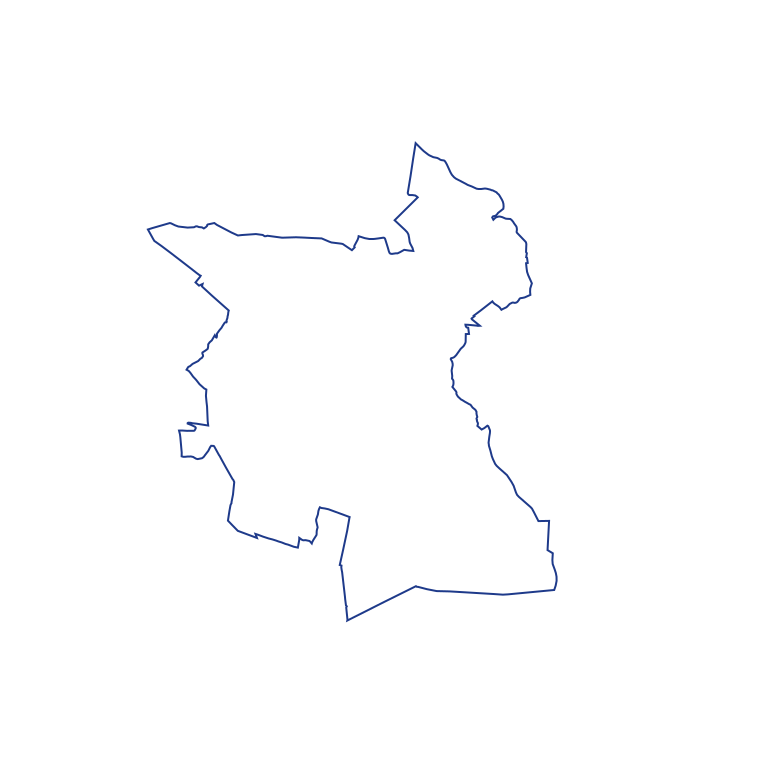 Radaseni, Suceava, Romania (Albers equal-area conic projection), rotated 322°
{"feature_id": "2599482B73099737590201", "entity_name": "Radaseni", "entity_type": "district", "adm_level": 2, "iso_a3": "ROU", "parent_name": "Romania", "parent_adm1": "Suceava", "projection": "albers", "projection_center": [26.255, 47.485], "detail": "fine", "context": "isolated", "style": "outline", "palette": "blue", "viewbox_px": 768, "rotation_deg": 322, "n_neighbors": 0, "source": "geoboundaries", "source_scale": "gbopen_adm2", "svg_char_len": 6166}
<svg xmlns="http://www.w3.org/2000/svg" viewBox="0 0 768 768"><g transform="rotate(322 384 384)"><path d="M429.8,593.5L421.3,587.1L423.2,577.4L423.9,573.3L423.7,571.1L420.8,555.9L420.6,553.3L421.2,550.7L423.5,544.0L424.2,539.5L424.8,531.5L423.0,521.7L422.4,517.9L422.4,515.4L423.6,510.2L424.5,507.3L426.8,502.1L428.7,497.2L429.4,496.2L430.2,494.7L434.5,490.4L437.2,487.9L438.3,486.7L439.0,485.7L440.2,481.4L439.8,480.5L435.9,480.5L432.9,480.0L431.8,474.5L433.1,473.6L433.9,472.7L434.2,471.3L434.6,470.1L435.2,469.5L435.4,468.5L435.6,468.2L435.9,468.0L437.1,467.5L437.3,467.3L437.9,465.7L438.7,464.2L439.8,462.8L440.1,460.7L440.0,460.1L439.3,457.1L439.4,454.0L439.4,453.6L438.7,452.3L437.7,449.8L436.9,448.0L435.8,444.9L435.2,443.7L434.5,439.4L434.8,436.9L435.1,436.1L435.9,435.3L436.2,434.3L436.1,428.4L437.5,427.8L438.8,426.7L440.0,425.2L440.8,423.9L441.0,422.7L440.9,422.2L440.9,421.7L442.7,419.7L445.4,415.3L445.9,414.7L449.6,411.6L450.5,410.4L451.4,408.5L451.9,405.5L452.4,405.1L452.9,405.0L453.4,405.3L454.6,405.8L455.7,406.0L456.4,406.0L458.7,405.7L466.1,403.5L469.6,403.2L470.8,402.9L472.9,402.0L474.0,401.3L474.4,400.9L479.2,395.0L481.8,396.9L485.0,391.5L484.1,390.5L483.9,389.6L484.1,388.5L484.7,387.4L486.8,389.2L492.9,395.0L493.8,396.0L495.4,397.1L493.1,387.2L493.1,386.8L493.3,386.3L496.9,386.3L496.8,385.4L505.2,385.6L520.3,385.6L520.2,387.1L520.5,388.9L521.8,392.7L522.3,394.8L522.2,397.8L523.6,398.0L527.7,398.9L529.0,398.8L532.3,398.3L535.0,398.8L535.8,399.2L536.8,400.4L537.5,400.9L538.5,401.3L539.7,401.4L542.4,400.7L543.2,400.3L544.2,400.3L546.3,401.5L548.2,402.4L554.2,403.9L555.8,401.4L558.0,398.8L562.5,395.7L564.7,386.8L565.8,383.7L567.9,380.1L570.3,376.3L571.8,377.1L574.4,372.6L574.4,372.0L574.1,371.6L577.1,368.9L577.1,367.7L577.4,367.2L582.3,361.4L583.1,359.8L583.1,358.7L581.9,346.7L582.1,345.8L583.6,344.4L584.5,343.1L585.1,341.9L585.3,341.0L585.4,337.5L585.6,335.9L585.6,334.8L585.5,333.2L585.2,332.0L585.1,331.7L582.6,329.5L581.7,328.6L579.9,325.3L578.6,323.6L577.6,322.7L575.1,321.7L574.0,321.6L571.3,321.9L571.8,319.4L572.6,319.1L573.2,319.0L575.0,319.9L575.9,320.1L577.5,319.9L579.3,319.4L585.9,319.4L587.5,317.8L589.0,315.6L589.9,313.5L590.4,311.3L591.0,306.8L591.1,305.4L590.7,303.5L590.7,302.3L589.0,298.6L588.7,298.1L588.2,297.7L587.9,297.2L587.6,296.5L585.2,293.4L583.9,292.1L580.7,290.2L578.7,288.7L577.2,287.1L574.8,282.4L572.5,278.6L571.7,276.6L567.1,266.5L566.5,264.2L566.3,260.9L566.7,258.1L568.7,249.7L569.0,247.8L569.2,246.0L568.9,244.8L567.0,242.8L566.4,241.8L565.8,240.0L565.0,238.5L562.5,235.6L560.5,231.7L560.0,230.2L558.7,225.1L558.2,221.9L557.2,213.7L546.0,224.1L532.8,236.6L520.3,248.1L519.9,249.6L520.2,250.6L522.8,252.7L524.7,254.7L525.4,256.9L525.5,257.7L493.2,261.5L495.4,275.6L495.7,278.8L495.3,281.2L493.7,284.4L491.7,287.8L491.1,289.5L490.2,294.4L489.0,297.2L485.9,294.3L482.5,290.7L477.9,290.0L475.2,289.4L473.6,288.2L470.4,286.4L469.6,285.6L469.2,285.0L469.1,284.0L469.5,282.5L470.9,279.1L474.0,270.9L474.3,269.9L474.1,268.9L473.6,268.3L469.0,265.7L466.3,264.1L464.6,263.0L461.7,260.7L458.7,257.3L455.0,251.9L453.9,252.9L452.0,254.1L445.9,256.8L445.2,257.3L445.0,258.3L441.1,258.8L437.7,248.3L436.8,247.2L429.7,240.1L428.4,238.0L424.5,230.9L417.1,224.6L411.0,219.3L405.0,214.2L393.8,206.0L383.4,195.4L381.9,194.8L380.9,194.0L380.2,191.9L375.4,187.0L363.7,179.1L360.3,177.0L357.0,170.6L350.3,155.8L349.4,152.7L343.4,149.8L342.5,149.9L341.9,150.5L340.1,150.7L337.8,150.5L337.0,148.5L334.8,146.4L333.7,144.6L332.7,143.9L330.8,143.5L325.5,139.8L318.9,133.3L317.0,130.2L315.1,126.3L314.3,125.3L297.4,118.5L293.1,116.9L291.4,127.5L291.1,130.0L291.4,130.8L293.6,138.2L296.8,150.1L301.7,169.2L304.7,181.2L305.7,184.8L306.2,185.8L305.0,186.3L298.0,187.9L298.8,192.6L302.6,193.5L300.6,195.0L302.8,208.3L306.9,230.5L305.7,231.4L303.5,233.6L302.6,234.2L301.2,235.6L299.0,237.0L298.6,237.5L298.5,238.0L298.2,238.2L297.8,238.4L297.5,238.1L296.8,237.6L295.9,237.7L292.7,238.8L290.5,239.7L287.5,240.3L284.1,241.3L283.2,241.6L282.5,242.6L281.6,243.6L280.9,244.2L280.6,244.3L280.4,244.0L280.3,243.4L280.7,241.4L275.2,243.6L272.2,243.8L270.6,244.3L269.9,244.5L268.6,246.1L267.2,247.4L266.5,247.8L263.7,247.7L260.4,247.4L259.9,247.7L259.4,248.8L259.2,249.7L258.6,250.6L256.7,251.3L254.7,251.1L251.7,251.5L245.5,250.3L242.1,250.5L240.5,250.1L239.8,250.2L237.2,251.2L238.1,253.3L238.2,253.9L238.3,256.1L238.1,260.6L238.4,263.9L238.5,265.5L238.5,270.6L239.6,276.8L240.6,279.0L236.4,283.7L233.0,289.0L230.7,292.8L222.2,304.7L219.9,308.5L211.6,299.6L208.9,297.0L207.8,295.6L206.0,294.0L205.3,293.9L204.9,294.3L205.0,294.5L206.8,297.5L208.6,301.1L208.8,301.9L208.6,302.8L207.2,303.6L205.9,304.0L205.2,303.7L199.9,299.6L196.2,296.3L193.8,294.5L192.2,298.1L190.7,300.6L182.3,313.6L180.0,316.4L181.0,317.8L182.6,319.0L184.5,320.2L187.3,322.3L188.7,324.0L189.4,325.9L190.0,327.3L190.5,327.9L191.0,328.5L194.8,330.4L195.6,330.5L197.4,330.4L198.6,330.0L204.4,328.5L208.2,326.7L209.4,326.4L209.8,326.3L210.7,327.1L211.6,327.9L211.8,328.5L210.2,338.5L210.2,339.4L209.5,343.4L208.0,352.7L206.1,365.6L206.2,366.7L205.6,369.1L197.0,378.1L191.0,383.3L190.5,384.0L189.3,384.5L188.4,385.0L183.8,389.1L176.9,395.6L177.5,401.6L178.4,409.7L189.1,427.1L190.4,423.0L191.9,425.2L194.7,429.8L198.0,434.7L200.4,437.8L202.6,441.0L203.9,443.1L205.8,445.8L207.9,449.4L209.5,451.5L212.7,456.7L215.4,459.9L221.2,454.7L222.5,453.1L223.4,456.2L224.1,457.4L226.1,458.8L228.6,461.8L228.8,462.8L228.9,465.2L229.9,464.5L232.3,463.4L237.7,461.5L238.5,460.8L239.6,459.4L240.7,458.2L241.9,457.2L243.1,456.4L243.5,456.0L246.2,450.2L247.2,448.9L251.6,446.1L254.1,443.7L255.9,442.5L257.6,441.7L258.3,443.1L260.7,445.6L263.1,448.5L271.8,462.5L275.0,467.7L274.0,468.5L264.6,477.0L249.7,489.5L237.7,499.4L238.7,500.9L237.4,502.3L236.2,504.4L235.1,506.6L222.2,527.7L220.9,529.7L217.7,535.1L217.8,536.1L217.8,536.3L216.6,536.9L210.0,547.4L209.5,547.8L250.2,555.9L284.7,563.0L284.9,563.8L285.1,564.1L285.9,564.8L291.5,572.1L298.0,579.6L308.1,587.9L341.2,617.1L348.0,623.2L352.2,626.1L391.3,651.1L395.1,648.6L398.8,645.4L401.3,642.1L403.0,638.8L404.3,635.3L406.1,629.7L408.3,626.4L412.8,621.3L410.6,615.6L429.8,593.5Z" fill="none" stroke="#1e3a8a" stroke-width="2"/></g></svg>